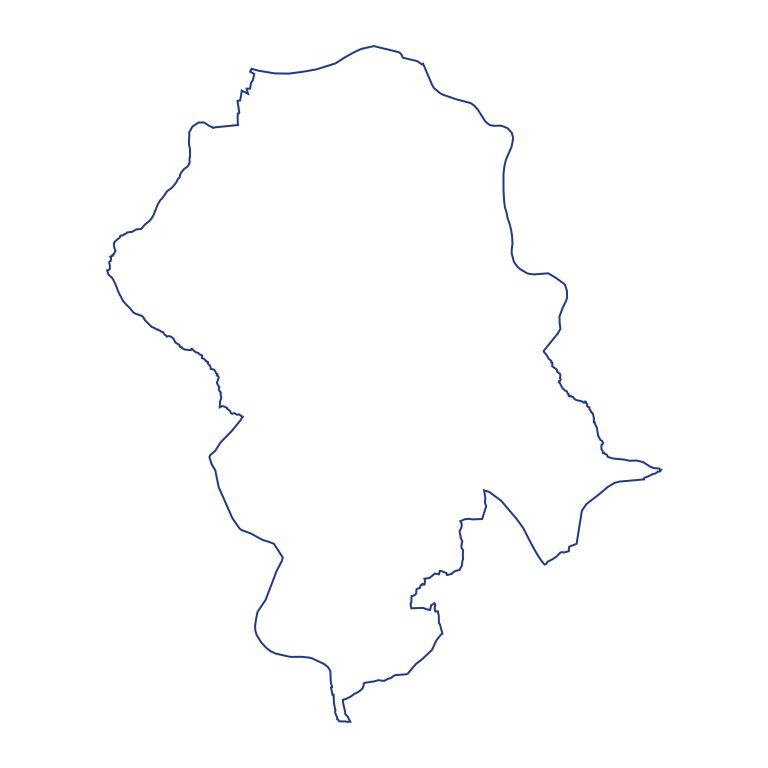 Phra Thong Kham, Nakhon Ratchasima, Thailand (Natural Earth projection)
{"feature_id": "78962969B71557232877153", "entity_name": "Phra Thong Kham", "entity_type": "district", "adm_level": 2, "iso_a3": "THA", "parent_name": "Thailand", "parent_adm1": "Nakhon Ratchasima", "projection": "natural_earth1", "projection_center": [101.984, 15.343], "detail": "fine", "context": "isolated", "style": "outline", "palette": "blue", "viewbox_px": 768, "rotation_deg": 0, "n_neighbors": 0, "source": "geoboundaries", "source_scale": "gbopen_adm2", "svg_char_len": 6083}
<svg xmlns="http://www.w3.org/2000/svg" viewBox="0 0 768 768"><path d="M112.4,255.0L111.5,256.3L110.3,256.6L111.1,257.9L111.1,258.9L110.6,261.1L109.6,261.6L109.1,262.5L109.8,265.3L109.9,268.8L108.9,269.8L107.1,270.4L108.5,274.6L111.8,277.6L113.1,279.4L116.3,286.2L118.3,291.8L123.2,301.1L125.5,303.9L130.2,308.4L133.2,312.3L135.7,313.8L141.0,315.6L142.9,316.7L145.2,320.5L151.8,327.0L154.3,327.9L156.4,329.4L157.7,329.4L158.2,330.1L159.8,330.5L161.5,331.8L162.7,331.9L165.0,335.0L166.0,335.5L167.0,336.7L168.3,336.1L170.2,336.3L171.7,337.2L173.4,338.6L175.4,342.5L179.3,344.9L180.0,346.9L181.7,347.2L182.1,348.1L184.7,349.5L190.8,350.2L191.3,348.8L192.1,348.8L194.5,351.4L196.5,352.5L198.2,352.9L199.6,354.4L202.1,355.4L201.9,358.1L204.3,358.9L205.7,360.9L206.3,360.9L206.8,361.7L208.0,362.1L207.9,362.9L208.5,364.5L209.8,365.3L210.6,367.3L210.6,368.8L214.2,369.7L215.4,371.5L215.9,373.1L217.4,374.1L216.8,375.5L217.9,375.8L218.6,376.9L218.7,377.6L216.9,382.8L218.3,385.8L219.3,386.9L218.7,389.1L219.3,390.7L220.8,392.4L220.5,394.2L221.3,397.5L220.1,401.5L219.7,407.3L222.4,406.1L223.6,406.3L226.9,407.8L227.1,408.7L230.1,411.1L231.0,413.3L232.4,413.7L234.3,413.1L236.9,414.7L239.2,414.4L240.3,415.4L241.0,415.5L241.7,416.5L242.7,416.7L240.7,420.0L232.1,430.6L220.6,442.4L215.1,451.0L210.2,455.1L209.4,457.0L211.6,464.1L215.3,470.4L218.7,487.2L232.4,518.2L238.2,526.6L239.7,528.6L241.6,530.1L250.4,533.3L262.9,540.1L266.8,541.1L273.8,543.7L282.8,557.5L281.9,560.8L276.5,571.3L265.7,599.7L257.6,611.8L256.0,619.3L255.1,626.1L255.3,630.6L256.7,635.1L261.5,642.8L267.1,648.6L271.1,651.5L275.7,653.6L290.3,656.9L301.6,656.8L308.7,657.5L312.0,658.3L324.1,664.0L327.5,666.6L329.8,670.0L330.4,671.6L330.8,682.1L332.1,687.2L331.0,687.6L332.6,695.0L333.6,694.8L334.0,703.7L335.5,710.7L335.0,711.3L335.5,713.8L337.1,717.3L337.2,719.2L337.9,719.3L339.3,721.4L345.0,721.4L347.7,721.9L350.3,721.7L347.5,716.3L345.3,714.2L345.1,711.5L343.3,704.1L342.8,699.8L345.9,699.0L350.6,696.6L354.1,694.1L358.0,692.2L360.9,690.0L362.8,687.9L363.6,685.9L363.7,683.6L364.7,682.8L374.1,681.4L378.3,680.2L384.1,680.9L388.1,678.8L391.0,678.0L393.5,676.0L395.3,675.1L406.2,674.3L407.8,673.6L415.9,664.0L422.3,659.1L432.0,649.9L436.2,640.7L440.8,634.7L442.4,633.6L439.9,624.3L438.9,623.2L438.8,616.0L437.9,611.3L435.5,611.5L435.0,611.0L434.7,607.3L435.3,606.0L434.7,603.4L434.3,603.1L433.5,604.1L431.3,605.0L430.1,610.0L426.2,609.2L423.2,607.9L411.3,608.3L410.7,605.7L410.7,603.1L411.2,602.6L411.4,601.3L411.5,596.2L413.0,595.9L415.6,594.4L416.3,592.8L416.4,589.5L417.7,588.5L419.7,588.2L420.3,586.1L421.4,584.7L422.6,583.9L423.0,584.6L424.6,584.5L425.0,580.8L424.4,578.7L429.4,578.0L434.9,573.6L439.0,574.3L439.8,570.9L441.2,571.0L446.6,573.2L446.7,574.8L447.5,575.0L451.7,573.9L452.4,572.8L455.3,571.0L459.7,569.9L460.2,568.5L461.9,565.6L462.3,561.5L463.0,559.2L462.8,554.8L463.1,550.8L463.0,550.0L461.5,548.0L461.4,545.5L462.3,541.1L460.7,538.0L460.5,535.6L459.6,532.2L459.7,530.7L461.3,527.8L461.7,525.5L461.7,523.7L460.3,521.2L464.6,519.3L468.8,518.8L472.6,519.4L482.2,519.0L486.2,506.2L485.0,502.9L485.3,497.7L484.1,490.4L489.2,491.9L501.2,500.8L516.5,518.8L523.2,528.0L532.8,546.7L537.3,554.5L541.2,560.5L544.5,564.5L546.2,564.0L547.5,561.8L552.9,559.0L556.7,556.4L560.2,552.7L561.9,552.1L563.9,552.5L568.8,551.2L569.2,546.7L576.6,543.8L581.9,510.6L586.4,504.1L599.6,493.9L607.6,487.1L614.6,482.9L619.3,481.6L644.0,479.4L643.9,478.3L644.6,477.7L648.0,476.5L652.9,474.0L655.4,473.5L658.0,471.6L660.1,471.4L660.9,470.2L660.1,470.3L659.6,468.7L653.0,467.9L649.5,466.3L643.2,462.1L636.5,460.5L629.4,460.8L624.4,459.6L612.9,458.5L607.6,456.8L607.3,455.5L606.6,454.5L605.2,454.1L604.2,452.8L603.1,453.2L602.6,451.0L601.5,449.5L601.4,446.7L601.5,444.8L602.7,444.0L603.1,442.9L601.9,440.8L600.5,440.1L598.1,435.5L596.9,427.9L594.7,423.2L594.8,422.3L593.8,422.2L593.9,418.0L592.9,413.9L592.1,412.7L591.2,412.4L590.6,410.5L589.5,409.4L589.4,407.3L587.5,406.7L587.0,405.4L587.3,404.1L586.1,403.1L586.0,402.2L585.3,401.5L585.0,401.6L584.7,402.6L583.6,402.6L582.3,401.5L576.0,400.0L573.9,398.4L573.4,397.3L571.0,396.4L570.7,395.8L569.3,396.3L568.7,396.0L568.7,394.1L567.7,393.6L566.9,391.4L565.1,390.6L562.2,387.8L560.0,383.3L558.8,382.3L558.9,381.3L560.0,380.9L560.7,379.2L560.0,378.3L560.4,375.5L559.9,373.8L557.1,371.6L557.1,370.3L556.6,369.4L552.2,366.3L552.4,362.8L551.2,362.4L551.3,360.9L548.6,358.7L546.7,355.2L543.7,351.6L543.9,350.7L557.9,333.3L560.4,328.9L559.6,322.4L559.5,316.3L562.8,307.6L566.0,301.0L567.1,297.7L566.9,290.7L565.0,284.7L563.9,283.7L555.8,277.8L548.2,273.3L534.2,274.4L529.7,274.0L526.8,273.1L520.1,269.1L517.2,266.4L514.3,262.5L513.5,260.3L511.7,253.4L511.7,249.9L512.5,243.6L512.1,236.4L511.1,229.7L509.4,223.2L507.5,217.8L506.7,213.2L504.9,207.1L504.2,201.6L503.5,190.4L503.5,174.5L504.2,167.4L506.0,159.5L511.4,147.2L512.1,144.3L513.1,138.0L511.8,132.9L508.0,128.5L503.7,126.5L499.8,125.6L494.5,125.8L491.6,125.5L488.8,124.5L485.2,121.3L477.6,109.3L474.1,105.5L470.7,103.1L455.6,99.1L443.2,94.8L440.1,93.2L433.9,88.0L432.2,85.1L423.1,63.8L422.2,64.5L417.1,61.1L402.8,57.7L401.4,54.5L399.9,52.9L398.5,52.1L373.8,46.1L361.3,48.9L354.4,52.1L345.5,57.0L335.5,63.4L316.3,69.4L303.2,71.7L289.1,73.6L274.8,73.4L258.6,70.7L251.5,68.8L250.2,71.7L254.3,74.0L252.7,80.6L251.0,82.8L250.1,88.7L246.6,88.7L248.0,93.8L241.7,90.6L241.1,95.7L240.0,100.6L237.5,100.8L239.3,112.7L239.1,113.2L238.0,113.4L237.7,113.8L237.7,122.1L238.1,125.0L214.6,127.4L213.1,128.0L212.8,127.4L209.2,125.9L205.3,123.2L203.3,122.4L198.4,122.6L192.4,126.6L189.2,132.5L189.3,136.3L188.9,142.1L189.2,145.6L190.0,148.9L190.1,156.6L189.5,158.0L189.6,162.9L188.5,165.2L187.2,166.8L184.0,169.1L181.3,172.4L180.2,174.4L179.5,177.6L177.9,178.9L176.4,182.2L173.7,185.7L171.1,188.4L167.3,191.0L162.3,198.2L160.4,200.1L157.8,204.3L153.7,214.7L152.1,217.6L149.7,220.8L145.2,224.3L141.2,228.9L136.0,229.5L132.2,231.8L127.2,232.4L126.2,233.5L124.2,234.2L123.1,235.3L120.7,235.6L120.1,236.4L119.8,237.6L115.7,240.7L114.1,242.8L113.9,244.9L114.3,247.6L115.5,250.8L113.0,255.5L112.4,255.0Z" fill="none" stroke="#1e3a8a" stroke-width="2"/></svg>